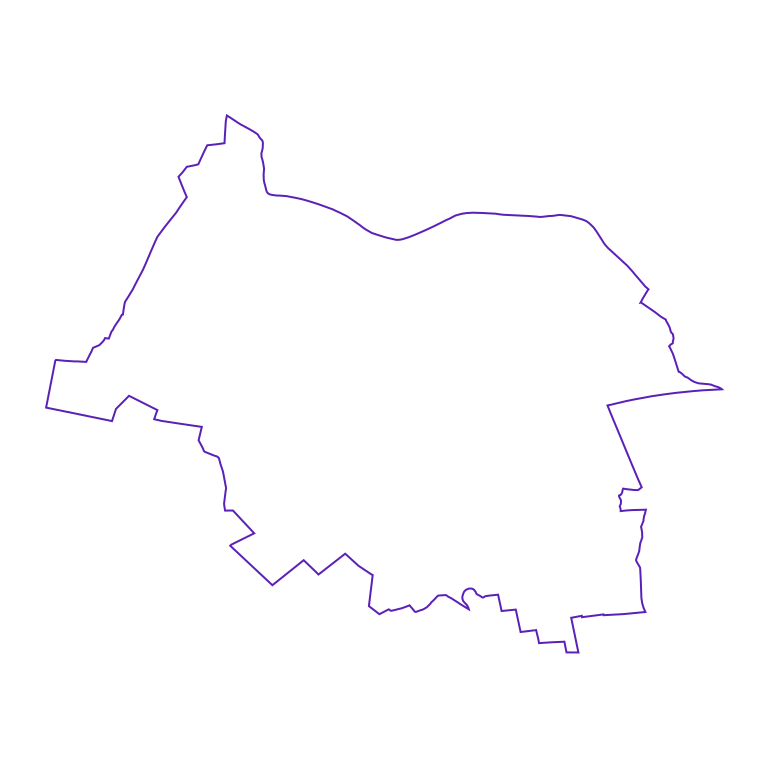 Vetis, Satu Mare, Romania
{"feature_id": "2599482B41100527778535", "entity_name": "Vetis", "entity_type": "district", "adm_level": 2, "iso_a3": "ROU", "parent_name": "Romania", "parent_adm1": "Satu Mare", "projection": "natural_earth1", "projection_center": [22.756, 47.784], "detail": "fine", "context": "isolated", "style": "outline", "palette": "violet", "viewbox_px": 768, "rotation_deg": 0, "n_neighbors": 0, "source": "geoboundaries", "source_scale": "gbopen_adm2", "svg_char_len": 5467}
<svg xmlns="http://www.w3.org/2000/svg" viewBox="0 0 768 768"><path d="M468.8,609.3L468.3,607.6L467.8,606.6L467.3,605.7L466.4,604.5L464.7,602.8L463.3,601.1L462.7,599.8L462.4,598.7L462.4,597.2L462.4,596.4L462.6,595.7L463.4,593.4L463.9,592.1L464.4,591.3L465.8,590.0L467.5,589.1L468.6,588.7L470.1,588.5L471.2,588.6L472.2,588.7L473.6,589.4L474.8,590.7L475.7,592.0L476.0,592.9L476.5,593.9L478.3,595.1L479.4,595.5L480.4,596.1L481.9,597.2L482.7,597.5L483.5,597.4L484.1,597.1L484.5,596.6L485.4,596.2L490.2,595.5L498.1,594.7L501.6,611.0L515.8,609.6L520.6,632.0L536.1,630.1L538.3,639.1L538.6,640.7L539.0,643.1L551.5,642.3L564.4,641.7L566.5,652.4L578.4,652.5L571.2,617.8L581.8,615.8L582.0,617.2L603.5,614.4L603.7,615.2L623.6,614.1L645.4,612.0L643.7,608.2L642.3,603.6L641.4,598.1L640.9,583.5L640.8,581.1L640.7,578.4L640.4,572.8L640.3,570.7L640.2,569.4L640.1,568.2L640.1,567.7L639.4,566.4L638.2,564.3L637.2,562.8L636.3,561.0L636.1,560.3L636.1,559.6L636.4,558.9L636.7,557.9L636.9,557.2L637.6,555.7L638.2,554.0L638.7,552.6L638.9,551.9L639.2,551.2L639.3,550.2L639.5,548.8L639.6,547.6L639.8,546.1L640.0,545.1L640.1,544.0L640.5,542.4L641.0,541.3L641.4,540.3L641.5,539.3L642.0,538.5L642.3,537.3L642.1,535.1L642.2,533.6L642.0,531.7L641.4,528.3L641.1,527.4L641.1,526.7L643.5,520.9L643.5,519.6L644.1,516.1L644.8,514.2L645.9,509.7L631.7,510.1L626.0,510.5L620.7,511.1L620.7,509.9L620.4,508.4L620.2,507.5L619.7,506.4L620.0,505.6L620.7,504.3L620.9,502.9L621.0,501.1L620.7,499.5L620.0,498.5L619.1,496.6L619.0,495.5L619.5,495.2L620.2,495.1L621.0,494.6L621.4,493.9L622.2,492.4L622.5,490.6L623.1,488.6L626.8,489.2L630.6,489.6L634.0,490.0L637.3,490.1L638.2,490.0L641.7,487.3L639.1,481.5L637.4,477.6L631.7,464.0L626.5,451.5L620.1,436.0L612.1,416.8L607.5,405.5L626.2,401.1L634.5,399.4L642.2,398.0L651.3,396.3L664.1,394.4L675.6,392.9L692.2,391.2L702.8,390.3L721.9,389.3L721.1,388.6L718.4,387.2L715.0,386.2L711.0,384.6L708.4,384.2L703.8,383.8L698.4,383.3L694.3,381.9L691.5,380.4L687.6,377.6L684.8,376.5L682.2,373.9L679.4,371.8L678.7,371.8L676.6,365.2L674.3,357.9L672.8,353.6L669.6,346.9L669.1,346.3L670.6,344.6L672.6,343.4L672.8,343.1L672.9,342.8L672.8,341.6L672.9,341.0L673.1,340.5L673.5,339.1L673.5,337.7L672.9,334.3L672.1,333.3L671.4,332.8L670.6,331.0L670.0,328.5L669.5,327.1L668.1,324.3L666.0,320.6L665.8,319.6L660.9,316.7L654.8,312.0L641.0,302.5L640.6,302.6L642.1,299.8L642.6,298.7L648.1,289.7L648.5,289.3L645.0,286.3L644.0,285.0L641.5,282.1L634.3,273.7L632.8,271.8L630.0,268.7L627.4,265.8L621.3,260.2L607.9,247.9L605.4,245.1L603.9,243.1L601.9,239.9L599.1,235.5L596.2,231.0L593.4,227.2L589.1,223.1L586.3,221.1L584.5,220.3L581.8,219.3L571.1,216.2L561.1,215.0L559.3,214.9L552.5,215.9L549.5,216.0L545.0,216.5L544.4,216.6L543.7,216.7L539.5,217.0L537.8,216.7L536.5,216.6L530.1,216.1L527.0,215.9L524.4,215.8L516.5,215.4L510.2,215.1L504.0,214.8L500.1,214.4L495.7,213.7L482.7,213.0L472.7,212.7L469.4,212.9L466.1,213.1L461.7,213.8L455.5,215.5L449.2,218.8L445.7,220.3L442.5,222.0L436.6,224.9L433.4,226.5L425.0,230.4L414.4,235.0L408.5,237.3L402.5,239.2L400.1,239.7L397.2,239.9L396.0,239.8L388.6,238.1L385.3,237.3L378.3,235.1L371.9,233.0L366.0,229.6L362.8,227.5L359.8,225.1L354.0,221.0L350.8,218.8L347.2,216.4L339.1,212.3L336.9,211.4L333.1,209.5L326.2,207.0L319.0,204.4L311.9,202.1L306.2,200.4L301.5,199.1L295.4,197.8L286.4,196.1L279.6,195.6L276.5,195.5L273.2,195.1L271.4,194.8L269.8,194.3L268.5,193.8L267.0,192.2L266.3,190.4L265.2,185.8L264.3,182.7L263.8,180.1L263.6,174.4L264.1,168.8L263.5,165.1L263.0,162.1L262.2,159.0L261.5,156.8L261.4,153.2L262.1,150.9L262.7,148.1L262.9,143.5L262.9,142.6L262.3,140.4L260.9,139.1L259.9,137.8L259.2,136.9L258.0,134.7L256.6,133.6L253.6,131.6L248.4,128.6L240.9,124.6L237.9,122.7L234.9,120.7L229.0,116.8L226.9,115.5L225.8,121.1L225.4,127.7L224.9,135.5L224.5,143.2L216.3,144.3L207.2,145.3L204.1,151.6L201.4,157.5L198.3,164.3L194.5,165.3L186.8,166.8L182.8,172.0L178.5,176.8L182.1,185.9L184.2,191.1L186.8,197.1L180.9,205.5L176.2,212.6L175.2,213.9L171.2,218.8L164.3,227.5L157.4,236.8L155.0,242.0L150.6,252.1L146.1,262.7L142.9,269.9L136.3,282.4L132.6,289.7L129.6,294.6L124.9,302.1L124.0,306.9L122.9,314.6L121.8,314.8L119.6,319.0L114.6,326.3L112.9,329.8L111.5,331.5L108.8,338.6L105.0,338.1L104.2,339.9L102.5,342.0L99.4,345.1L93.1,347.8L91.9,350.3L91.5,351.4L89.4,355.4L86.2,361.9L77.3,361.4L74.5,361.4L64.8,360.8L56.0,359.9L55.3,360.7L46.1,407.6L106.3,419.9L112.0,421.1L116.0,408.9L125.6,399.3L129.0,395.8L152.2,407.5L157.4,410.1L155.4,415.5L154.2,419.2L161.5,420.9L181.3,423.9L201.8,426.9L198.6,440.3L202.2,447.0L203.1,448.7L203.7,450.6L204.5,451.7L213.9,455.5L216.6,456.3L217.9,457.1L218.9,458.1L219.9,461.8L220.3,463.5L223.0,471.7L224.4,479.1L226.0,487.6L226.1,488.8L225.9,489.3L225.8,489.8L224.1,503.3L224.2,505.2L225.1,510.6L232.9,510.5L233.1,510.8L233.4,511.0L254.2,533.3L231.2,544.7L230.5,545.4L230.2,545.7L258.6,572.3L272.4,585.2L303.7,560.2L315.5,571.5L318.5,574.5L345.2,553.7L358.5,565.8L371.4,574.4L372.7,575.0L371.4,585.7L368.9,606.1L379.4,614.2L388.4,609.5L388.9,609.4L390.7,610.7L391.2,610.8L391.8,610.7L393.5,610.3L401.6,608.3L403.6,607.6L406.3,606.6L408.2,605.9L409.3,605.4L409.5,605.3L409.8,605.6L414.8,611.6L415.3,611.9L416.3,611.8L418.1,611.1L419.2,610.7L420.9,610.1L422.5,609.7L424.6,608.6L427.0,607.1L428.3,605.8L430.4,603.7L431.4,602.2L432.7,601.1L434.8,599.0L437.7,595.9L438.1,595.7L439.0,595.5L445.4,595.1L445.9,595.1L446.4,595.3L448.1,596.6L451.9,598.6L454.6,600.4L457.5,602.2L460.1,604.0L468.8,609.3Z" fill="none" stroke="#5b21b6" stroke-width="2"/></svg>